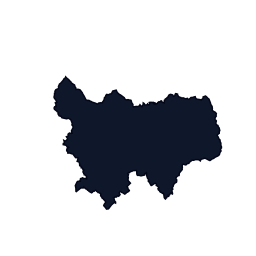 the district of Befotaka, Atsimo-Atsinanana, Madagascar, rotated 140°
{"feature_id": "10022922B11101019287712", "entity_name": "Befotaka", "entity_type": "district", "adm_level": 2, "iso_a3": "MDG", "parent_name": "Madagascar", "parent_adm1": "Atsimo-Atsinanana", "projection": "robinson", "projection_center": [46.959, -23.944], "detail": "fine", "context": "isolated", "style": "filled", "palette": "ink", "viewbox_px": 256, "rotation_deg": 140, "n_neighbors": 0, "source": "geoboundaries", "source_scale": "gbopen_adm2", "svg_char_len": 5827}
<svg xmlns="http://www.w3.org/2000/svg" viewBox="0 0 256 256"><g transform="rotate(140 128 128)"><path d="M68.3,53.8L68.0,55.3L67.3,55.8L66.7,56.6L66.4,57.2L66.2,58.3L65.2,59.7L65.4,61.1L64.7,63.2L64.5,65.0L63.9,65.4L61.5,65.3L60.5,66.5L59.3,67.1L58.1,69.6L58.1,71.0L57.5,72.1L57.6,72.6L58.1,73.0L58.1,74.2L57.5,75.4L55.8,76.6L55.7,77.4L56.0,78.3L55.8,78.9L54.3,80.0L52.7,80.4L52.4,81.3L51.1,82.2L51.0,83.8L51.8,85.8L52.1,87.5L50.9,88.6L49.7,90.5L49.4,93.1L48.8,94.0L47.4,98.2L47.7,99.2L47.8,101.5L48.1,102.7L50.5,103.5L51.0,102.9L51.9,102.3L53.1,102.5L53.9,102.4L54.6,103.5L57.1,106.3L56.9,106.7L56.9,107.9L56.4,108.8L57.5,109.4L58.4,109.6L60.2,110.9L61.7,110.7L63.1,110.9L63.5,111.6L63.5,112.6L65.1,113.2L66.2,115.4L66.7,115.9L67.7,116.2L67.9,117.5L68.4,117.9L69.1,119.6L68.7,121.6L68.3,122.1L68.7,122.5L68.7,122.9L69.4,123.7L70.2,123.5L71.5,122.6L72.7,122.8L72.8,123.3L72.5,124.4L72.9,125.3L74.0,126.6L75.7,126.9L76.2,126.7L76.9,126.0L77.5,126.2L79.7,126.0L80.8,126.2L81.3,125.8L82.3,125.9L84.1,124.0L85.3,125.7L84.9,127.0L85.1,127.5L85.4,127.6L86.8,127.4L87.4,128.2L87.8,128.3L88.9,128.3L89.5,127.9L90.8,128.2L91.0,128.6L90.9,129.2L91.7,130.6L92.3,129.3L92.8,130.3L92.5,131.6L94.6,133.5L95.2,133.8L95.2,133.2L95.5,132.8L96.8,132.3L97.3,132.3L97.5,133.9L98.4,133.5L100.4,134.6L100.0,135.4L99.9,136.4L100.2,137.4L101.3,136.2L102.4,135.9L103.3,135.2L103.8,135.5L103.9,138.1L105.0,137.7L106.3,137.9L106.9,138.3L107.8,139.2L110.2,140.6L110.1,141.8L109.1,142.9L108.9,145.0L107.9,147.2L108.2,147.8L108.7,148.1L109.7,149.7L110.9,150.3L111.3,150.8L111.8,152.1L111.4,153.6L112.5,158.2L113.0,159.1L113.4,162.1L112.7,164.6L115.9,166.1L118.7,164.9L120.1,165.7L121.4,165.9L122.8,167.4L123.3,167.1L123.9,167.3L125.1,166.4L126.5,166.4L128.1,165.0L129.0,164.8L129.4,164.4L130.7,164.3L131.3,163.9L131.7,163.9L133.0,165.1L134.6,166.0L135.6,165.9L136.2,166.1L136.9,167.8L138.8,170.8L139.4,172.5L140.0,173.3L140.0,173.9L140.9,175.0L141.4,175.2L142.1,176.5L141.1,180.8L140.8,183.2L140.4,184.3L140.2,187.9L140.9,189.2L141.8,190.1L143.1,191.0L142.1,192.6L142.2,193.3L141.3,195.4L141.9,196.7L141.9,197.6L142.5,198.7L142.1,200.1L142.4,201.9L142.3,203.2L142.8,205.3L142.9,207.2L143.6,206.7L145.5,206.8L146.9,206.2L150.7,205.6L152.3,205.7L153.3,205.1L154.5,204.6L155.5,203.1L157.0,203.1L157.7,203.5L158.8,203.7L160.4,203.1L161.1,201.7L161.9,201.9L163.1,200.5L164.6,199.4L165.0,198.9L165.2,198.3L165.3,195.8L166.0,193.4L167.5,194.0L168.1,192.1L168.4,191.6L169.0,191.5L169.3,190.7L169.6,190.7L170.5,191.4L170.9,191.3L171.8,190.8L172.3,189.6L171.7,186.7L171.8,186.0L171.3,184.4L171.5,184.1L172.5,183.9L172.9,181.6L171.8,179.9L172.0,178.3L169.2,174.6L167.2,173.6L166.5,171.0L167.7,167.4L169.0,166.4L169.0,165.0L169.2,164.4L169.8,163.6L173.1,162.2L174.3,159.9L174.7,160.1L176.1,161.8L177.8,161.8L178.1,161.6L178.5,160.7L178.9,160.3L180.8,160.9L181.0,158.9L181.3,158.4L183.9,158.1L184.8,158.8L185.1,159.7L185.4,159.1L185.3,158.3L186.2,158.0L186.5,157.0L187.4,157.0L187.7,157.5L188.3,156.9L186.5,154.5L186.7,152.7L186.1,151.9L186.0,151.3L187.5,151.6L189.2,150.5L189.6,149.6L189.6,148.3L190.2,147.4L188.8,146.4L188.4,145.5L187.8,145.0L187.7,144.4L186.9,143.7L187.2,139.0L186.8,138.5L186.0,138.1L185.6,137.4L186.2,136.5L188.4,135.1L187.6,133.9L187.4,133.1L188.1,131.7L189.2,130.2L188.5,128.5L188.7,128.1L189.4,127.7L188.8,127.0L189.1,125.4L188.7,124.9L188.7,124.2L189.0,124.0L190.0,124.0L190.8,123.1L190.9,122.1L191.2,121.6L191.0,120.9L191.6,120.3L191.0,119.5L190.9,118.3L190.7,117.6L191.8,116.8L192.0,115.9L192.2,115.6L193.2,116.5L193.8,117.3L194.6,117.7L194.6,118.7L194.9,119.1L196.2,119.3L196.7,119.7L197.2,119.6L197.7,118.9L198.7,118.6L198.9,118.0L200.7,119.4L201.7,119.4L205.4,117.7L206.6,115.4L208.6,112.9L208.5,112.5L202.6,112.4L200.7,110.8L199.8,111.2L199.5,108.6L199.1,108.2L198.9,107.4L198.9,106.2L198.6,105.8L198.5,104.3L197.6,101.8L196.7,101.6L195.3,102.0L194.6,101.3L192.8,101.2L192.6,100.6L192.5,100.0L192.7,99.6L192.4,98.7L192.4,97.7L191.9,97.4L191.5,96.8L191.5,96.0L191.2,95.2L191.4,94.7L192.3,94.0L192.6,92.8L192.5,92.0L192.9,90.6L192.5,90.3L192.4,89.8L192.6,88.7L192.4,87.9L192.5,86.2L192.9,85.4L195.4,84.8L196.5,84.1L196.4,81.6L196.6,79.7L195.1,78.7L194.5,78.7L190.2,79.7L187.1,79.8L186.3,79.6L185.8,78.5L185.1,79.2L185.1,81.0L184.1,82.9L184.0,83.6L182.4,83.5L181.1,82.5L179.5,82.9L179.2,82.7L179.2,81.9L178.1,81.7L176.8,82.2L176.6,83.9L174.9,84.4L174.2,83.8L174.3,82.8L173.8,82.2L173.0,79.5L172.1,79.3L170.3,79.5L169.4,79.1L167.3,79.1L167.1,79.4L167.2,81.1L166.6,82.2L166.4,83.7L161.6,84.2L161.7,87.1L161.5,88.1L159.4,90.1L159.2,91.1L157.6,91.9L157.4,93.4L156.3,93.5L155.6,92.8L153.9,93.1L153.0,92.3L151.7,92.2L148.9,90.1L148.9,89.6L150.8,87.1L151.2,86.2L151.0,85.4L150.1,84.8L148.8,83.0L145.7,81.4L145.3,81.4L144.6,82.3L144.3,82.3L143.7,81.9L142.5,81.9L142.7,81.3L143.6,80.7L144.2,79.7L145.3,77.1L145.3,76.1L145.6,74.9L146.6,74.4L146.6,72.3L147.2,69.6L147.2,69.1L146.8,68.8L143.4,68.5L142.5,67.9L142.4,67.2L142.4,66.5L143.3,65.8L142.8,64.7L142.7,62.4L143.1,62.1L144.1,62.2L144.5,61.1L144.2,59.6L144.5,58.8L144.3,57.9L143.6,56.5L143.7,55.8L142.9,55.2L143.1,54.4L145.0,51.3L145.1,50.2L144.9,49.5L144.1,49.9L143.3,49.7L142.8,50.2L141.6,50.0L140.8,49.5L140.4,50.0L140.4,50.6L139.3,50.0L137.2,50.8L136.7,50.3L136.7,49.4L136.4,48.9L135.9,49.3L134.6,52.0L132.9,52.4L132.8,53.5L132.4,54.0L131.2,54.1L129.5,55.3L128.2,55.6L126.9,55.6L125.9,55.3L125.4,55.5L124.0,56.9L123.9,58.4L123.4,58.9L121.7,59.4L120.1,59.2L119.4,58.8L117.6,60.5L113.2,61.3L112.7,62.1L111.9,62.6L110.8,64.3L109.6,64.9L108.6,64.5L107.9,63.0L107.3,62.5L105.5,62.6L104.1,61.8L103.1,62.3L99.5,62.1L98.5,61.1L96.6,60.4L94.3,58.4L93.7,56.3L92.7,56.9L92.0,57.0L88.6,55.5L88.0,54.6L86.4,50.7L85.8,50.3L83.7,50.3L82.0,49.7L79.9,49.6L77.0,48.8L75.4,48.8L74.9,49.0L73.4,50.1L71.5,50.6L70.8,52.4L69.1,52.7L68.9,53.4L68.3,53.8Z" fill="#0f172a" stroke="#020617" stroke-width="1.5"/></g></svg>